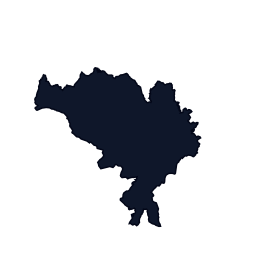 the district of Lashio, Shan, Myanmar, rotated 139°
{"feature_id": "60261553B9019752921327", "entity_name": "Lashio", "entity_type": "district", "adm_level": 2, "iso_a3": "MMR", "parent_name": "Myanmar", "parent_adm1": "Shan", "projection": "orthographic", "projection_center": [98.2, 22.767], "detail": "fine", "context": "isolated", "style": "filled", "palette": "ink", "viewbox_px": 256, "rotation_deg": 139, "n_neighbors": 0, "source": "geoboundaries", "source_scale": "gbopen_adm2", "svg_char_len": 5796}
<svg xmlns="http://www.w3.org/2000/svg" viewBox="0 0 256 256"><g transform="rotate(139 128 128)"><path d="M79.7,72.9L79.5,74.1L80.5,75.9L82.3,76.2L82.0,80.4L82.7,81.5L83.5,81.8L83.5,82.3L82.0,82.9L82.4,84.0L81.8,84.6L80.6,84.4L81.3,82.8L81.2,82.5L80.2,82.6L79.1,83.2L78.6,84.7L76.4,84.2L75.5,84.5L74.7,85.1L73.2,85.1L71.8,86.0L71.8,86.3L72.7,87.1L74.3,87.5L75.0,89.6L76.7,89.9L77.0,89.6L78.0,90.3L78.2,94.0L78.0,94.4L76.5,94.1L73.9,95.1L73.4,98.8L72.4,99.0L70.8,98.5L69.1,98.5L69.0,100.0L69.5,101.3L70.3,102.1L71.6,102.4L72.2,103.4L71.5,104.4L71.6,105.1L72.3,105.5L74.3,105.6L76.4,103.7L78.5,105.0L77.6,105.2L77.6,105.9L77.1,106.4L77.3,106.9L77.6,106.6L77.9,106.8L77.9,107.4L76.9,107.3L77.1,108.7L76.3,108.9L75.8,109.6L76.5,110.2L75.3,110.4L75.7,111.4L75.0,111.5L75.0,112.3L75.8,112.2L76.0,112.7L75.2,113.4L75.2,113.8L74.3,114.0L74.4,113.4L73.9,113.4L73.5,113.5L73.7,113.9L73.4,114.2L73.1,114.2L73.5,114.9L74.5,115.5L74.9,116.5L74.8,117.6L75.4,118.2L72.9,120.6L71.7,122.5L71.1,122.7L69.6,124.5L67.9,125.6L68.0,126.6L69.5,127.2L69.4,127.7L69.2,128.5L67.9,129.6L67.2,131.0L66.5,131.4L66.8,132.0L66.2,133.2L67.2,134.4L68.2,134.6L69.9,135.8L71.2,136.0L72.0,136.5L72.0,139.3L72.9,139.6L73.8,142.6L74.9,143.7L77.7,142.9L78.8,142.9L79.0,141.9L79.7,141.8L84.2,141.8L85.0,142.0L85.1,142.4L86.0,141.6L86.2,142.0L86.8,141.6L88.4,139.4L88.8,139.6L88.7,138.9L89.4,138.9L91.7,136.7L92.6,136.7L92.2,135.8L92.7,135.2L92.9,134.2L92.6,133.6L93.1,132.6L94.0,132.3L94.3,133.3L96.4,134.2L97.0,134.8L97.2,135.2L96.9,135.8L97.1,137.4L96.7,139.3L96.1,139.4L96.2,140.8L95.1,142.6L95.0,144.7L91.8,150.6L92.3,153.0L92.9,153.5L92.8,154.7L92.2,156.0L92.4,157.4L92.0,158.1L91.8,159.6L92.8,161.3L93.5,164.7L93.2,165.4L93.5,166.9L93.1,167.7L93.1,169.6L93.4,170.2L97.0,171.6L98.9,172.9L101.2,173.0L103.3,174.6L104.4,174.4L105.1,173.8L105.5,174.0L106.1,175.7L106.0,176.8L105.2,177.7L105.8,178.8L107.9,180.5L108.5,181.4L108.9,185.3L108.6,185.7L109.0,186.8L109.8,187.8L110.6,187.6L111.1,189.0L111.5,188.6L111.5,190.0L112.4,188.8L113.5,189.5L113.5,190.0L113.8,190.0L113.5,190.4L113.0,189.9L112.5,190.5L113.7,191.5L113.2,191.9L112.8,191.6L111.9,191.8L112.5,192.4L112.0,192.4L111.7,192.8L113.3,195.0L113.7,194.9L113.7,194.5L114.3,194.9L115.1,194.7L116.3,193.2L118.5,192.5L120.1,193.1L122.2,193.0L123.7,193.4L125.7,195.7L125.7,197.2L126.1,198.1L126.2,200.4L129.2,199.3L131.5,196.9L132.8,197.0L133.8,196.5L139.0,195.9L140.6,195.4L141.5,194.4L142.6,195.3L144.2,198.0L145.0,198.4L145.8,200.2L146.2,200.5L146.9,200.2L147.2,199.4L149.0,200.2L152.6,199.3L152.6,200.4L153.4,202.1L152.0,202.5L151.8,203.2L153.2,204.3L153.0,205.3L153.4,206.1L152.8,206.5L152.8,206.9L153.2,207.3L153.9,207.3L154.1,207.9L155.0,207.8L155.4,208.3L156.0,208.3L156.6,209.0L157.6,208.7L158.3,209.5L158.7,211.3L158.0,213.9L158.2,214.4L157.7,215.2L158.0,216.0L159.2,217.1L157.7,218.3L157.3,218.3L156.6,220.6L156.0,221.5L155.9,222.0L156.4,222.4L156.7,223.5L157.5,223.4L158.6,222.3L159.6,222.5L160.3,221.4L161.5,221.9L162.0,221.9L162.4,221.3L164.0,221.6L165.2,219.5L168.2,217.9L169.3,216.3L173.5,214.1L175.5,212.7L176.2,211.8L178.4,211.4L179.4,210.8L180.1,209.7L180.2,209.1L181.5,208.2L181.9,205.9L181.4,205.1L181.3,204.0L183.6,203.8L184.3,204.3L185.1,203.9L185.3,201.6L184.8,201.0L179.7,199.4L176.3,197.2L173.9,194.7L173.1,192.4L171.6,190.9L171.5,190.0L170.7,189.2L170.6,188.1L168.8,185.6L167.9,183.3L166.5,181.2L166.4,175.8L167.7,175.5L167.8,175.0L167.3,174.2L167.9,172.1L168.6,171.0L168.7,169.4L170.2,168.1L170.9,167.0L170.6,166.0L170.9,165.4L171.2,162.5L173.2,161.4L173.3,160.6L172.9,160.2L172.5,155.2L170.8,153.0L170.6,150.6L167.5,145.1L166.8,142.0L165.7,142.2L165.2,141.6L164.9,137.4L163.7,135.6L163.5,134.7L164.6,132.8L161.5,128.2L161.4,127.6L161.7,127.1L163.5,126.1L164.0,123.8L165.2,122.4L166.1,122.6L166.5,122.4L168.3,122.3L169.9,122.5L173.4,121.9L173.8,120.4L174.9,118.5L175.2,115.1L167.0,110.9L165.2,108.1L162.8,108.3L162.0,108.7L161.0,108.5L160.5,107.5L160.4,106.4L159.8,105.3L158.4,104.3L158.2,101.5L159.6,99.9L162.2,98.9L164.8,97.1L165.2,96.2L165.0,94.5L162.1,92.5L161.7,91.7L161.5,89.8L160.5,89.7L157.3,88.1L156.1,86.9L153.2,85.3L154.2,84.8L154.3,84.2L155.0,83.7L156.5,84.3L156.3,83.3L156.8,82.7L158.3,82.7L158.5,82.8L158.5,83.4L159.8,83.8L161.0,83.7L161.6,83.2L160.8,82.5L160.7,81.9L166.1,80.9L167.0,80.3L169.2,80.2L170.6,81.4L173.6,81.7L175.2,81.0L177.7,78.7L179.8,79.6L180.4,79.4L181.1,78.5L180.5,73.1L180.7,72.3L179.9,68.8L179.1,67.8L180.6,66.6L180.7,66.0L180.3,65.3L179.3,65.4L179.1,64.8L178.4,64.3L175.9,63.3L175.9,61.8L176.9,61.2L177.0,60.2L178.2,59.2L178.9,58.9L180.1,59.8L180.7,59.3L181.0,58.5L181.7,58.2L182.0,58.8L181.6,60.2L182.2,60.3L184.0,56.9L188.6,55.7L189.8,55.0L188.7,54.3L188.2,52.0L187.9,51.6L186.3,51.3L185.8,50.3L185.5,48.6L183.8,48.5L181.2,49.3L180.5,50.5L178.7,52.1L176.2,53.1L175.5,53.8L174.0,53.8L173.4,54.3L172.2,54.5L169.6,56.6L168.5,55.4L167.2,54.6L167.2,53.1L168.4,52.3L168.9,50.9L170.1,49.2L170.7,46.9L172.3,45.7L173.5,43.5L172.4,39.8L171.0,37.7L170.8,36.4L169.2,33.5L167.9,32.5L166.9,34.6L166.8,35.8L166.1,37.7L164.4,39.9L163.4,40.4L162.9,42.0L161.6,42.9L160.5,45.4L158.1,47.0L155.8,52.9L157.2,55.4L157.3,57.1L157.1,57.8L156.2,58.4L156.1,59.4L155.7,59.9L153.2,60.1L152.8,60.5L152.5,63.2L152.8,64.3L148.2,65.0L145.9,65.0L145.0,65.5L144.1,65.3L142.9,64.6L142.6,63.9L141.9,64.1L140.8,64.0L140.1,64.4L137.9,64.9L137.9,63.7L137.1,62.8L135.9,63.2L133.0,66.1L130.5,67.4L129.2,67.4L127.1,67.0L125.2,65.6L123.9,64.3L123.1,62.8L122.6,62.6L121.9,62.8L115.6,68.3L114.2,69.2L111.7,69.2L111.2,69.8L109.4,69.9L107.4,70.5L106.7,70.3L106.8,69.5L103.1,69.7L102.4,68.6L100.0,67.9L98.3,65.7L97.6,63.6L97.0,63.3L94.4,63.5L94.0,64.2L92.5,64.0L92.2,63.7L91.9,63.7L91.7,65.1L89.7,66.1L88.9,67.1L87.8,67.6L86.5,67.5L85.7,68.4L84.4,68.9L84.3,69.5L84.8,70.8L84.2,72.7L83.0,73.5L79.7,72.9Z" fill="#0f172a" stroke="#020617" stroke-width="1.5"/></g></svg>